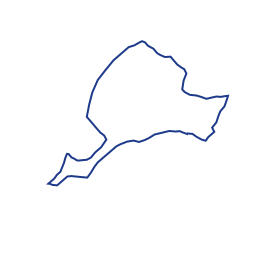 the district of Pukchang, P'yŏngan-namdo, North Korea, rotated 319°
{"feature_id": "82179303B65927505203644", "entity_name": "Pukchang", "entity_type": "district", "adm_level": 2, "iso_a3": "PRK", "parent_name": "North Korea", "parent_adm1": "P'yŏngan-namdo", "projection": "natural_earth1", "projection_center": [126.287, 39.559], "detail": "fine", "context": "isolated", "style": "outline", "palette": "blue", "viewbox_px": 256, "rotation_deg": 319, "n_neighbors": 0, "source": "geoboundaries", "source_scale": "gbopen_adm2", "svg_char_len": 1349}
<svg xmlns="http://www.w3.org/2000/svg" viewBox="0 0 256 256"><g transform="rotate(319 128 128)"><path d="M31.4,117.8L32.5,119.0L33.6,121.3L36.9,124.8L40.3,124.8L44.8,124.8L50.4,124.8L53.7,127.1L57.0,130.6L60.3,134.1L64.7,138.7L70.3,137.5L77.1,135.3L82.6,134.1L88.2,134.1L99.4,134.2L107.2,134.2L111.7,135.3L118.4,137.7L123.9,141.1L127.2,145.8L132.8,148.1L137.2,149.3L143.9,150.4L150.6,153.9L157.3,157.4L161.7,162.0L165.0,164.3L166.1,166.7L168.8,171.5L169.5,171.3L172.8,174.8L173.9,179.4L176.0,185.1L178.3,188.6L182.7,187.5L186.1,187.5L190.6,187.5L191.7,182.9L198.4,181.7L204.0,178.3L208.5,176.0L215.2,174.9L223.1,170.3L224.6,169.3L220.9,166.8L218.7,165.6L215.3,162.2L210.9,159.8L206.4,157.5L203.1,151.7L200.9,148.3L196.5,143.6L194.3,137.9L194.3,134.4L201.1,128.7L207.8,125.2L209.0,120.6L207.9,117.1L206.8,112.5L206.8,107.9L206.9,102.1L202.4,98.6L200.2,94.0L199.1,90.6L199.2,84.8L197.0,79.0L197.0,74.4L195.5,71.7L192.6,70.9L187.0,69.8L181.5,67.4L171.4,67.4L161.4,67.4L148.0,69.7L136.8,71.9L124.5,77.7L114.4,84.6L104.2,92.6L104.2,97.2L104.1,106.5L104.1,113.4L105.1,118.0L104.0,122.6L95.0,124.9L87.2,124.9L80.5,126.0L76.0,124.9L72.7,122.5L69.4,120.2L68.3,119.1L67.2,115.6L66.1,113.3L66.1,108.7L65.0,107.5L60.5,109.8L57.2,112.1L52.7,114.4L48.2,116.7L43.7,116.7L39.2,117.8L33.7,117.8L31.4,117.8Z" fill="none" stroke="#1e3a8a" stroke-width="2"/></g></svg>